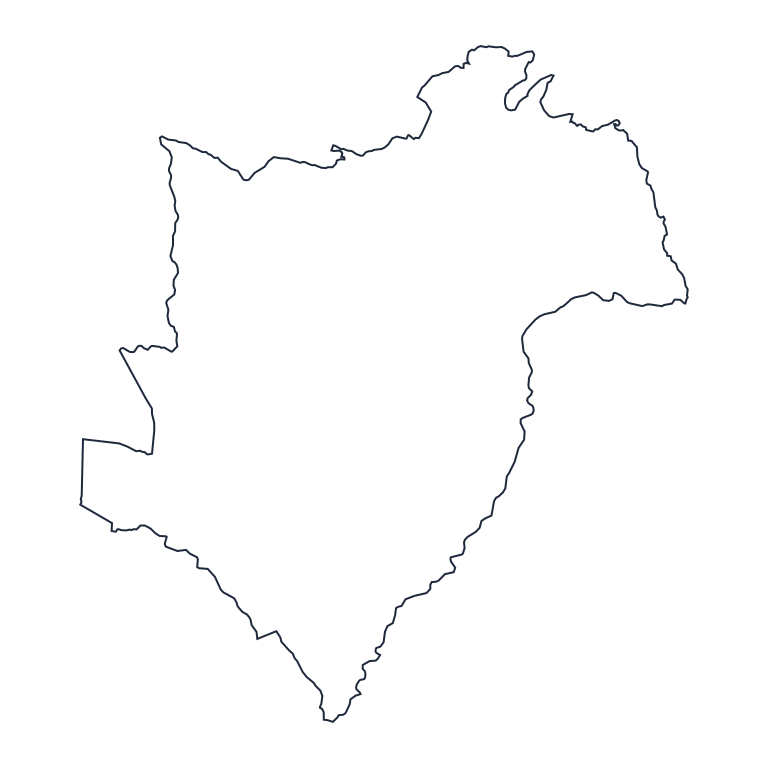 the district of Pahuatlán, Puebla, Mexico
{"feature_id": "50627088B33192987993204", "entity_name": "Pahuatlán", "entity_type": "district", "adm_level": 2, "iso_a3": "MEX", "parent_name": "Mexico", "parent_adm1": "Puebla", "projection": "albers", "projection_center": [-98.132, 20.287], "detail": "fine", "context": "isolated", "style": "outline", "palette": "slate", "viewbox_px": 768, "rotation_deg": 0, "n_neighbors": 0, "source": "geoboundaries", "source_scale": "gbopen_adm2", "svg_char_len": 6060}
<svg xmlns="http://www.w3.org/2000/svg" viewBox="0 0 768 768"><path d="M323.8,719.7L327.8,720.2L332.9,721.9L337.5,717.3L338.8,715.2L343.3,714.7L345.5,713.1L346.8,710.5L349.6,704.5L350.5,699.3L355.5,695.7L360.5,694.1L359.7,692.3L356.7,689.6L356.0,687.9L356.8,684.5L358.8,681.2L360.2,679.9L364.3,679.1L365.2,677.0L365.4,673.6L364.8,671.2L362.7,668.8L362.7,665.0L369.5,661.1L375.7,660.6L377.9,658.7L380.1,655.0L376.5,653.0L375.6,651.7L375.6,649.8L376.3,648.0L380.4,646.6L383.6,642.2L385.0,631.6L387.5,626.1L392.8,623.1L395.1,615.3L396.0,608.2L398.1,606.8L401.5,606.0L405.5,599.3L414.3,595.9L426.4,593.1L430.3,589.0L430.3,584.8L431.7,582.1L436.2,581.7L438.6,580.6L445.0,574.1L453.7,572.2L455.2,567.7L451.2,561.9L450.4,559.5L450.8,557.3L461.6,554.6L462.9,553.6L464.6,548.0L464.0,542.4L464.9,539.8L467.6,536.9L475.7,531.9L479.6,527.9L481.5,520.9L485.7,518.1L491.5,515.6L494.0,501.3L496.1,497.7L498.7,496.4L503.0,492.3L505.3,488.4L506.8,476.5L509.2,472.8L514.6,462.0L518.6,447.9L524.1,439.7L524.6,431.4L520.6,423.1L520.7,419.4L522.7,417.9L531.1,414.7L532.7,413.5L533.7,410.4L533.3,407.5L532.4,405.8L528.6,403.3L527.1,400.6L527.6,398.2L531.1,394.7L532.2,391.4L529.0,388.2L528.4,385.5L529.1,377.6L531.8,372.3L531.9,370.0L528.7,362.8L528.5,358.5L523.6,351.7L522.0,338.4L522.6,335.7L526.4,329.4L535.4,319.6L539.4,316.5L544.5,314.2L555.2,311.8L560.6,307.2L562.5,306.7L565.3,304.6L571.1,299.2L574.9,297.4L586.1,295.1L591.7,292.4L593.7,292.8L598.1,295.4L603.2,300.2L609.0,300.9L612.5,299.2L613.8,293.1L615.6,292.9L621.4,295.8L626.8,301.8L629.4,303.2L642.3,306.1L647.3,304.4L650.1,304.4L662.0,306.2L664.0,305.0L671.9,303.6L674.7,299.6L680.3,299.8L684.1,303.2L685.4,303.5L686.4,299.6L687.7,297.2L687.0,295.9L687.7,289.3L685.6,286.0L684.2,278.3L682.3,274.4L677.8,269.5L675.9,263.6L671.6,260.5L670.7,256.3L667.2,255.7L667.1,253.2L664.0,249.3L662.6,242.2L663.6,240.6L664.6,235.9L666.9,234.7L666.9,233.5L665.4,226.5L663.6,223.6L663.6,221.8L664.9,219.4L663.4,216.6L660.8,217.7L658.2,216.0L657.4,214.3L656.9,210.6L655.3,207.3L653.4,192.3L651.2,188.5L650.5,185.6L647.0,183.7L646.6,182.5L646.3,179.9L648.0,172.6L647.7,171.5L641.8,168.0L639.3,164.2L637.4,156.7L636.9,147.3L631.5,140.9L628.2,140.6L627.1,133.7L623.1,130.0L621.4,130.6L618.8,130.3L615.4,128.2L614.1,124.1L615.5,124.1L617.0,125.6L618.4,125.3L619.7,123.2L619.0,121.3L617.0,120.0L615.0,120.5L608.1,124.6L602.1,126.1L597.8,129.4L595.2,129.3L593.6,131.2L592.4,131.4L586.2,129.9L585.7,127.3L582.7,126.4L581.0,124.5L578.5,124.7L577.1,125.9L574.5,123.0L573.0,122.7L572.2,121.6L570.3,121.9L572.6,114.2L569.0,114.0L553.6,117.5L549.3,116.2L544.2,110.5L540.3,102.1L541.3,99.0L543.4,96.5L546.3,89.8L547.6,82.8L550.6,81.3L553.5,75.6L551.1,75.0L540.6,79.6L533.9,85.8L529.5,90.1L527.4,94.3L527.6,95.8L523.1,98.5L519.2,101.8L515.2,109.6L511.1,110.4L508.2,109.7L506.1,107.6L504.9,103.0L505.2,97.9L506.5,93.7L507.9,93.0L509.3,89.9L513.6,87.0L514.8,85.4L522.8,80.6L524.9,80.1L526.3,78.4L526.4,74.9L525.0,71.6L525.2,69.1L528.7,62.1L530.5,62.5L532.8,60.2L534.2,54.5L532.3,51.4L526.8,51.9L516.9,56.0L515.7,55.7L512.1,56.6L508.2,55.8L508.7,51.7L504.8,48.5L501.5,47.0L495.9,47.3L488.4,46.3L486.6,47.2L480.3,46.1L477.8,47.2L474.0,50.4L472.1,49.6L468.7,51.9L467.6,56.0L467.2,60.3L469.0,63.6L466.0,62.9L463.7,63.8L463.5,68.0L460.9,67.8L457.9,65.9L455.0,66.4L448.6,71.9L442.4,73.1L438.5,75.0L432.4,76.3L424.4,85.7L422.1,87.4L417.3,97.0L425.7,102.5L431.2,111.6L427.9,120.3L421.5,134.1L419.0,138.1L415.4,137.8L413.8,139.1L409.0,135.1L408.0,135.4L406.6,138.4L405.7,138.7L396.9,136.6L392.4,138.3L388.4,144.3L384.7,147.5L381.5,149.0L373.9,149.9L372.2,150.9L368.5,151.3L365.8,152.3L363.0,155.5L360.9,155.8L356.7,154.3L351.9,151.1L347.3,150.5L343.3,148.8L341.5,149.3L335.4,145.9L333.2,145.3L331.4,150.5L334.0,151.0L339.5,150.6L342.1,152.6L342.3,153.9L341.3,156.8L343.8,157.0L344.5,158.2L344.4,159.5L340.6,159.2L336.9,160.5L335.9,163.8L332.6,167.2L328.0,167.2L325.7,168.1L321.3,167.7L314.5,165.0L312.3,165.2L310.0,164.5L305.2,162.2L302.6,162.0L300.3,162.8L287.9,158.7L280.9,158.3L273.8,157.1L268.5,161.2L264.6,166.8L254.6,172.9L249.0,179.6L247.2,180.2L244.4,180.0L243.2,179.3L237.8,170.9L231.0,168.9L220.9,161.6L217.8,157.7L214.4,157.9L210.5,154.6L208.6,154.3L206.3,152.1L202.3,152.0L195.4,148.6L192.9,148.3L190.0,145.4L186.4,143.1L178.6,142.0L176.0,140.5L168.3,139.6L162.0,136.4L159.9,137.8L161.2,144.4L169.4,151.2L171.8,157.5L170.9,163.8L169.1,168.3L169.0,170.9L171.1,175.4L171.1,177.7L169.6,182.9L169.8,185.2L174.3,196.8L175.3,201.3L174.6,205.5L175.5,210.9L177.9,214.9L178.2,217.3L177.6,219.6L175.2,223.1L175.1,231.3L173.0,235.9L173.0,245.2L170.4,256.0L172.4,261.0L174.9,262.5L176.6,264.9L177.7,268.3L178.0,272.9L173.8,279.8L173.5,285.8L175.1,289.9L174.3,294.5L168.5,299.1L166.9,300.9L166.2,302.9L168.4,309.8L167.5,315.8L168.9,322.9L170.9,325.8L173.8,326.8L175.1,331.6L176.6,332.8L177.0,334.1L176.4,340.6L177.3,346.3L172.5,351.4L171.4,351.7L164.2,347.5L161.0,347.8L159.9,346.9L152.4,345.9L151.1,346.2L147.6,349.8L144.0,348.2L141.4,345.9L139.4,345.8L137.8,346.5L134.3,351.7L132.3,352.2L129.6,351.8L123.2,348.0L121.2,348.4L119.6,350.4L145.9,398.7L151.9,408.5L152.0,413.8L154.2,422.9L154.3,430.3L152.0,453.7L148.1,454.4L146.8,454.1L144.7,452.1L142.2,451.9L140.0,450.7L136.2,451.2L127.4,446.6L119.0,443.4L83.0,439.2L81.7,495.7L80.8,499.1L81.5,502.2L80.3,504.7L112.0,523.1L111.6,530.9L115.2,531.7L116.0,531.5L117.3,529.4L118.5,529.2L121.6,530.2L126.6,530.4L129.6,529.6L131.7,530.1L133.3,529.2L136.6,529.4L140.5,525.5L145.1,525.6L150.6,528.6L155.5,533.4L159.7,536.0L166.0,536.3L166.7,536.9L164.7,544.0L165.8,546.6L177.4,551.0L186.0,549.9L189.8,553.6L197.1,557.3L197.8,559.7L197.2,567.1L199.1,568.2L207.7,568.9L214.9,576.8L220.9,589.8L223.4,592.4L234.2,598.3L236.6,602.6L237.5,606.0L239.3,608.4L242.5,612.0L247.0,614.5L249.2,617.2L250.5,619.5L251.7,625.3L256.5,631.8L257.3,638.9L276.3,631.2L280.4,637.6L281.4,641.8L289.3,650.6L292.7,653.5L294.7,658.3L297.1,661.0L302.7,672.0L306.7,677.0L313.9,683.0L315.4,685.6L320.4,690.7L322.4,696.0L321.3,703.8L319.9,707.1L320.0,707.8L322.0,708.8L323.7,712.1L323.8,719.7Z" fill="none" stroke="#1e293b" stroke-width="2"/></svg>